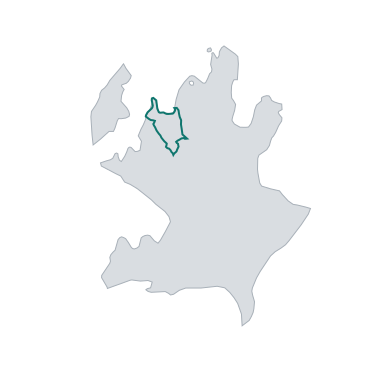 Kəlbəcər highlighted on a map of Azerbaijan, rotated 73°
{"feature_id": "AZE-1682", "entity_name": "Kəlbəcər", "entity_type": "District", "adm_level": 1, "iso_a3": "AZE", "parent_name": "Azerbaijan", "parent_adm1": "", "projection": "natural_earth1", "projection_center": [46.186, 40.056], "detail": "fine", "context": "in_parent", "style": "outline", "palette": "teal", "viewbox_px": 384, "rotation_deg": 73, "n_neighbors": 0, "source": "natural_earth", "source_scale": "10m", "svg_char_len": 4303}
<svg xmlns="http://www.w3.org/2000/svg" viewBox="0 0 384 384"><g transform="rotate(73 192 192)"><path d="M259.5,301.1L258.0,301.0L247.5,303.5L245.3,302.7L236.2,291.5L234.4,290.2L230.5,289.7L228.2,287.9L226.3,284.9L225.2,282.6L215.9,276.6L214.5,274.3L214.3,272.4L215.7,270.6L217.2,269.1L221.8,267.6L227.0,266.3L228.7,265.4L229.6,263.8L229.5,261.2L228.6,258.6L221.0,254.0L220.2,252.0L219.9,249.6L220.3,247.0L221.5,245.0L227.7,242.3L231.0,239.5L228.9,236.3L222.1,229.1L214.2,221.3L208.9,221.2L202.8,223.5L193.1,230.2L187.7,233.1L180.7,237.9L173.0,243.2L166.7,248.8L162.8,253.5L155.9,255.5L152.3,259.4L140.7,271.1L137.4,271.0L137.2,265.1L137.3,260.5L136.6,257.9L132.8,254.3L132.7,252.7L133.8,251.7L136.7,252.3L140.4,252.1L142.2,250.7L138.2,245.9L134.6,242.7L131.6,240.5L130.9,239.2L130.9,238.3L131.6,237.2L136.7,234.6L137.2,232.2L136.9,229.5L128.7,225.5L122.6,227.0L117.1,222.5L113.6,219.0L109.2,215.3L105.3,213.3L101.6,208.7L95.0,203.9L90.9,202.5L90.9,201.8L91.7,200.9L93.4,200.2L105.1,200.3L106.5,199.5L107.2,197.4L108.8,194.4L110.6,189.9L110.5,186.1L98.8,180.1L90.4,174.5L84.6,167.1L80.6,160.3L80.7,158.1L81.9,155.9L91.0,149.7L91.6,148.1L91.4,147.0L88.2,143.9L84.1,140.6L82.8,138.2L80.3,137.0L75.5,136.9L67.0,132.8L65.2,132.5L64.8,131.7L65.2,130.8L71.3,129.2L71.2,127.9L69.3,126.1L65.9,124.8L62.8,121.6L61.7,118.7L72.7,110.3L75.9,108.6L83.1,110.2L97.9,115.8L96.9,118.9L98.4,120.6L101.8,123.0L108.4,125.4L113.9,126.6L116.7,125.6L121.0,124.7L126.5,127.4L131.6,130.9L134.2,132.4L135.6,132.8L139.4,131.6L144.1,127.1L145.9,121.6L146.4,119.0L143.7,115.4L138.1,111.4L131.8,108.0L127.8,104.9L125.2,98.9L122.7,98.2L122.0,97.5L121.6,95.4L121.7,92.5L122.6,90.3L125.1,89.4L127.7,89.1L130.0,86.9L132.9,82.8L134.1,80.5L139.5,81.8L140.3,85.5L141.3,86.3L143.5,85.9L147.3,84.3L150.3,85.5L154.1,89.9L159.5,94.6L162.3,97.7L163.5,99.8L166.2,101.9L170.2,104.4L173.4,108.2L176.3,117.2L179.1,119.3L189.4,122.7L193.0,123.4L203.2,124.6L206.7,123.7L211.9,116.0L216.5,108.0L220.8,106.4L228.7,102.6L233.4,98.9L235.3,95.0L239.7,87.6L242.4,83.5L247.1,87.2L255.3,97.2L266.9,113.4L269.8,118.0L271.7,123.4L273.4,129.9L276.1,135.6L287.9,150.0L293.0,155.4L301.4,162.3L304.3,163.8L308.2,164.2L315.2,164.3L321.8,167.0L325.1,168.8L328.4,171.6L331.5,174.8L334.6,183.2L323.2,180.4L311.8,180.9L305.4,182.7L299.1,185.2L293.2,188.7L289.5,195.5L286.5,211.3L282.0,226.1L282.3,232.9L284.4,239.5L284.2,242.6L282.1,244.0L279.4,246.7L276.0,260.3L274.3,263.0L272.0,264.7L271.4,263.1L271.5,259.6L266.5,256.4L263.8,259.9L262.1,267.4L258.5,275.3L258.3,276.8L259.5,301.1ZM89.6,161.7L90.1,159.6L88.6,158.7L87.1,158.6L85.8,159.7L85.8,162.3L87.6,162.8L89.6,161.7ZM51.9,223.4L50.2,221.2L49.4,220.0L54.5,219.0L62.9,216.1L65.1,217.5L67.6,220.5L68.8,223.0L69.0,227.7L70.0,228.5L74.1,226.9L75.9,228.8L79.1,231.1L84.5,233.4L92.4,229.8L96.3,228.9L99.5,229.0L101.3,230.1L101.9,233.8L101.2,238.3L100.3,240.8L102.0,242.6L108.4,247.0L111.1,249.4L109.8,253.6L114.6,263.9L116.2,267.9L118.1,272.8L108.2,270.9L90.5,266.7L85.6,264.6L81.0,258.9L78.3,256.1L74.2,252.5L70.9,251.2L68.3,248.7L66.9,245.1L64.8,241.8L61.2,237.9L52.9,224.8L51.9,223.4ZM62.8,135.5L61.7,136.3L60.0,135.5L59.5,133.9L59.6,132.2L61.3,131.8L62.7,132.3L63.0,133.8L62.8,135.5Z" fill="#d9dde1" stroke="#a8b0b8" stroke-width="1"/><path d="M102.3,200.8L105.9,200.4L106.5,199.9L106.9,199.2L107.5,196.3L107.7,195.8L108.8,194.8L109.8,193.6L110.4,192.0L111.3,187.9L111.4,187.5L111.3,187.2L111.2,186.8L109.9,185.1L109.2,184.5L108.5,184.1L107.3,184.1L106.6,184.3L107.1,182.0L109.9,181.0L113.1,181.5L116.7,181.8L120.2,181.4L124.2,182.8L128.5,183.4L130.4,183.7L130.5,183.7L134.2,184.3L139.5,181.1L139.3,182.2L139.0,183.3L138.5,183.7L138.0,184.1L137.7,186.4L138.3,188.7L138.7,190.8L139.4,192.5L140.6,192.2L141.7,191.3L144.7,191.6L147.3,194.0L148.6,194.9L149.3,196.2L149.6,197.0L149.9,197.7L151.1,199.0L149.3,199.1L148.9,199.3L147.9,199.9L145.8,200.3L143.9,201.2L142.8,202.8L141.2,203.7L139.8,202.7L138.3,202.0L136.8,202.8L135.7,203.5L135.3,203.7L133.1,204.6L131.0,205.4L128.7,205.7L126.5,206.7L122.9,207.9L119.2,208.4L117.4,208.9L115.7,209.1L114.4,207.7L113.1,206.7L112.1,208.2L111.1,210.4L109.3,212.0L107.3,213.4L106.3,214.1L105.2,213.6L102.9,211.3L102.5,210.6L100.3,206.0L99.2,204.9L97.8,204.2L92.5,203.7L90.8,203.0L90.7,202.1L90.7,201.5L93.9,199.4L102.3,200.8Z" fill="none" stroke="#0f766e" stroke-width="2"/></g></svg>